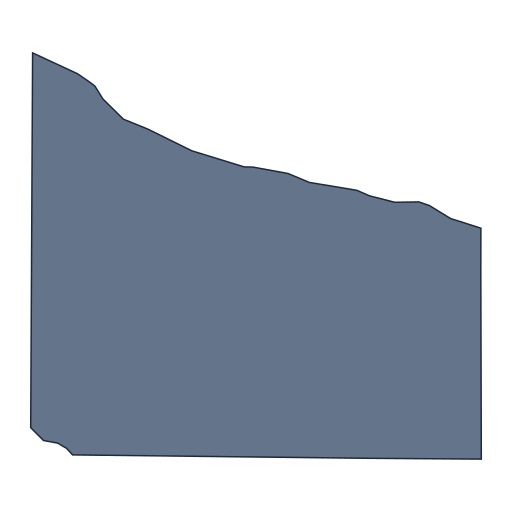 outline of Kewaunee, Wisconsin, United States of America, rotated 270°
{"feature_id": "52423323B32886155683341", "entity_name": "Kewaunee", "entity_type": "district", "adm_level": 2, "iso_a3": "USA", "parent_name": "United States of America", "parent_adm1": "Wisconsin", "projection": "robinson", "projection_center": [-87.557, 44.502], "detail": "fine", "context": "isolated", "style": "filled", "palette": "slate", "viewbox_px": 512, "rotation_deg": 270, "n_neighbors": 0, "source": "geoboundaries", "source_scale": "gbopen_adm2", "svg_char_len": 489}
<svg xmlns="http://www.w3.org/2000/svg" viewBox="0 0 512 512"><g transform="rotate(270 256 256)"><path d="M57.1,72.6L53.7,368.8L52.9,481.3L242.0,480.8L283.8,480.9L293.5,450.5L306.5,429.3L310.1,418.8L309.7,394.8L316.2,369.4L321.7,356.8L329.6,309.3L338.5,288.0L344.9,253.0L345.1,244.1L361.2,191.8L383.0,147.6L392.8,123.4L412.9,103.0L425.9,94.9L429.8,89.8L438.2,77.6L459.1,32.6L84.3,30.7L71.5,43.5L68.9,57.6L63.6,66.6L57.1,72.6Z" fill="#64748b" stroke="#1e293b" stroke-width="1.5"/></g></svg>